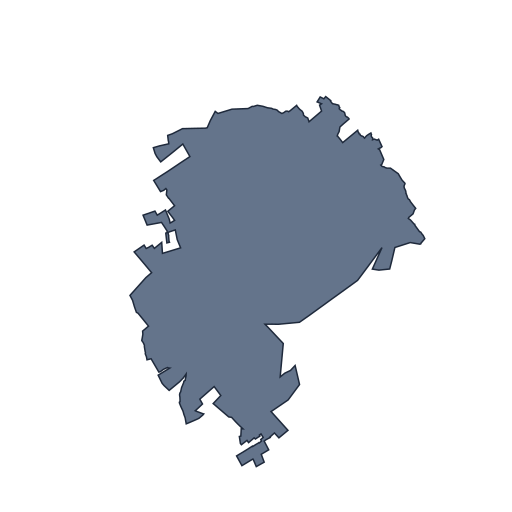 Tecoh, Yucatán, Mexico, rotated 224°
{"feature_id": "50627088B87293297593146", "entity_name": "Tecoh", "entity_type": "district", "adm_level": 2, "iso_a3": "MEX", "parent_name": "Mexico", "parent_adm1": "Yucatán", "projection": "robinson", "projection_center": [-89.462, 20.666], "detail": "fine", "context": "isolated", "style": "filled", "palette": "slate", "viewbox_px": 512, "rotation_deg": 224, "n_neighbors": 0, "source": "geoboundaries", "source_scale": "gbopen_adm2", "svg_char_len": 4998}
<svg xmlns="http://www.w3.org/2000/svg" viewBox="0 0 512 512"><g transform="rotate(224 256 256)"><path d="M260.7,416.2L261.7,416.4L262.8,416.1L263.3,415.7L264.8,415.4L265.1,415.5L265.8,415.9L266.8,415.5L267.4,416.0L268.7,416.2L270.2,417.1L272.4,397.8L277.8,398.6L279.1,398.7L280.5,398.9L280.9,398.7L281.0,398.8L281.9,400.7L282.6,403.2L285.2,407.0L285.2,407.9L284.9,412.1L284.2,419.2L284.6,419.4L286.3,419.4L286.8,419.4L287.4,419.0L288.5,418.9L289.7,419.2L290.1,419.6L290.5,419.8L291.7,420.6L293.5,420.7L294.9,419.9L295.5,420.1L296.4,419.7L298.4,419.7L298.9,421.0L299.7,421.0L301.2,421.9L302.5,421.3L303.4,420.7L304.1,420.4L306.8,418.7L309.8,419.1L310.1,419.7L316.6,419.1L316.4,416.2L320.3,415.0L319.1,409.3L314.6,411.0L315.1,408.7L309.5,405.8L311.1,389.4L314.6,391.2L316.1,390.8L317.1,390.4L319.6,390.3L321.1,391.5L323.4,392.2L326.1,391.9L327.0,391.9L330.3,392.2L331.4,392.6L332.1,386.5L332.4,383.9L332.7,382.5L333.7,382.2L334.6,381.5L335.2,380.8L335.6,378.4L336.4,376.5L339.1,375.8L340.3,375.5L341.8,375.7L343.7,375.0L345.8,373.5L347.3,373.1L350.7,370.6L355.0,368.5L359.8,365.3L361.7,361.8L362.7,361.0L364.1,356.6L375.3,344.9L382.4,332.1L385.8,331.7L382.9,321.6L380.2,314.4L381.1,312.9L388.6,305.4L395.0,298.9L397.3,296.6L397.6,295.9L397.8,295.2L399.1,291.5L399.6,290.1L401.1,285.8L403.3,281.4L399.2,278.0L398.3,277.5L396.7,276.1L401.9,268.2L405.1,262.6L399.7,259.6L396.2,258.5L389.9,257.5L388.0,272.1L386.4,285.7L372.6,281.6L375.5,268.5L375.5,268.4L378.2,255.8L382.1,239.3L369.4,236.0L368.0,239.2L367.7,241.9L366.0,241.6L363.0,237.7L359.0,236.8L358.7,237.0L349.5,235.6L350.5,226.9L343.1,225.8L339.3,225.1L340.3,221.2L340.7,220.1L343.9,222.2L353.1,226.2L355.4,216.8L359.9,218.1L365.6,206.9L355.8,202.6L347.3,214.5L341.7,213.3L338.9,212.6L337.5,212.4L336.2,211.0L336.8,209.8L335.0,208.3L329.2,203.5L327.8,205.8L328.9,206.3L332.3,209.3L333.1,210.2L333.8,210.5L334.2,210.8L335.7,211.8L334.8,213.7L332.2,218.7L324.1,213.1L315.9,209.5L321.1,200.1L325.1,192.9L333.3,200.3L334.4,190.9L338.2,191.6L339.2,187.8L340.2,185.1L344.1,186.1L346.5,174.3L332.5,172.9L319.5,171.5L320.2,164.0L319.3,140.1L314.1,138.4L308.1,135.0L302.9,132.4L301.1,132.9L284.6,130.9L285.4,123.2L283.1,121.2L280.4,117.3L280.4,117.2L279.4,115.8L277.1,115.4L274.3,114.3L273.3,113.2L269.4,110.3L268.6,109.9L267.7,108.7L264.8,107.4L262.3,105.6L260.1,109.2L245.2,105.0L244.5,106.4L244.4,106.7L243.9,109.8L243.5,111.1L242.2,114.3L241.1,114.7L240.2,115.4L243.6,102.3L235.1,99.2L232.0,98.9L225.1,99.0L223.6,112.4L223.6,117.9L224.3,122.6L223.0,121.1L220.8,117.6L220.5,117.4L220.9,116.0L220.7,115.5L220.1,114.7L219.4,112.9L218.7,111.2L218.3,110.0L217.8,109.1L217.1,108.0L215.8,105.9L215.7,105.1L215.4,104.4L215.2,104.0L214.6,103.1L213.4,102.1L212.9,101.8L211.0,100.0L209.4,98.4L209.6,97.8L209.2,97.2L205.5,95.5L203.2,94.6L202.0,94.2L200.4,93.5L197.9,92.0L194.6,90.4L189.6,86.8L187.9,90.7L187.2,92.4L186.6,93.8L185.5,96.5L185.2,97.2L184.3,99.6L183.8,104.4L183.8,105.1L183.9,106.1L184.8,105.6L191.0,102.9L192.2,102.5L192.1,104.0L191.9,107.3L191.7,112.4L197.0,114.0L195.4,133.0L184.4,131.2L184.3,120.1L163.8,121.3L161.5,123.0L157.0,122.7L155.4,122.6L151.9,122.5L148.7,122.5L145.3,122.6L146.6,121.4L145.6,120.3L141.8,115.9L142.6,114.6L137.0,110.3L135.4,110.1L134.4,117.1L131.7,116.6L131.0,123.9L129.3,123.9L128.6,127.1L128.3,128.5L128.2,128.5L128.1,129.3L129.2,129.6L128.9,131.2L128.8,131.5L124.8,130.5L125.1,127.3L124.9,127.2L123.5,126.7L123.8,123.8L124.3,123.7L124.3,123.4L124.5,122.6L125.2,120.2L125.4,119.4L126.0,116.7L126.5,116.8L128.3,109.3L131.1,98.7L120.5,95.4L117.2,107.8L115.7,107.4L115.4,107.2L109.5,104.7L106.9,113.4L114.5,117.0L112.2,125.4L120.3,128.1L121.6,128.5L121.2,130.7L121.1,131.0L120.7,132.3L119.7,135.3L120.2,135.4L119.8,141.5L113.2,141.1L111.9,152.8L136.3,154.5L137.1,154.5L132.9,174.8L135.4,193.8L151.8,204.4L151.7,197.6L153.9,191.7L154.6,185.8L161.5,194.4L172.4,208.0L175.6,212.0L198.6,213.1L198.8,213.1L202.1,213.2L196.9,218.3L192.6,222.3L178.7,238.5L176.1,252.1L171.6,277.6L169.7,288.1L166.0,309.0L167.2,318.6L171.2,349.6L163.2,327.4L157.8,331.2L150.8,339.5L154.9,346.7L162.0,358.6L154.4,372.8L146.5,378.2L146.0,378.9L145.9,379.4L146.3,380.0L146.3,381.1L146.6,385.7L150.2,387.0L151.2,387.0L154.2,387.6L155.2,387.1L162.8,388.4L163.9,389.1L164.5,388.8L169.9,389.2L172.5,388.8L172.9,389.9L172.3,395.4L174.0,399.2L174.2,401.2L177.3,401.6L182.3,402.3L182.9,402.5L184.9,403.1L185.7,402.8L186.6,402.9L188.6,403.8L189.1,404.2L190.1,404.5L190.9,405.1L191.6,405.1L192.4,406.0L193.9,407.0L196.5,407.9L197.7,408.7L197.9,409.1L198.4,409.7L199.0,411.5L199.5,411.8L203.2,412.0L204.0,412.1L208.4,413.3L210.8,414.0L220.3,412.6L222.8,410.2L224.6,409.3L225.6,409.2L227.5,408.0L229.4,408.1L229.1,409.1L231.1,414.2L240.8,418.3L242.4,418.0L241.8,420.0L241.5,420.2L241.3,422.2L248.9,425.2L249.3,423.5L252.1,422.3L252.9,420.6L253.7,421.7L254.2,422.0L254.7,421.9L255.5,422.0L256.5,422.4L257.0,423.0L257.3,423.6L257.9,423.8L258.8,424.3L259.5,421.8L260.0,419.2L259.8,416.2L260.7,416.2Z" fill="#64748b" stroke="#1e293b" stroke-width="1.5"/></g></svg>